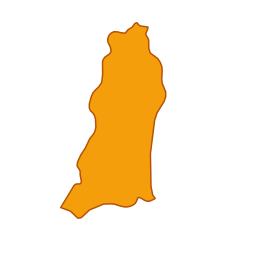 outline of Jijel, rotated 110°
{"feature_id": "DZA-2165", "entity_name": "Jijel", "entity_type": "Province", "adm_level": 1, "iso_a3": "DZA", "parent_name": "Algeria", "parent_adm1": "", "projection": "albers", "projection_center": [5.919, 36.73], "detail": "fine", "context": "isolated", "style": "filled", "palette": "amber", "viewbox_px": 256, "rotation_deg": 110, "n_neighbors": 0, "source": "natural_earth", "source_scale": "10m", "svg_char_len": 1390}
<svg xmlns="http://www.w3.org/2000/svg" viewBox="0 0 256 256"><g transform="rotate(110 128 128)"><path d="M26.4,143.8L27.5,143.4L33.5,143.5L34.4,142.9L36.9,139.9L38.2,138.7L46.0,135.7L49.9,132.8L52.5,124.0L55.2,120.3L58.6,117.3L62.1,115.6L70.6,113.0L74.2,111.2L81.2,104.9L85.7,103.3L90.5,103.1L103.8,105.9L111.8,105.6L144.3,98.2L175.1,86.4L182.6,81.8L184.9,78.4L185.8,79.0L189.1,82.3L189.9,83.8L190.3,85.3L190.3,87.6L189.4,92.1L189.5,94.0L190.2,94.8L194.1,95.0L196.2,95.4L198.0,96.4L199.7,97.9L201.2,99.7L202.5,101.9L203.4,104.5L203.9,108.3L204.2,114.9L205.4,118.9L207.9,125.0L218.1,136.1L227.6,140.9L229.1,142.4L229.8,144.5L225.8,153.8L225.8,164.0L200.7,159.1L199.0,158.2L198.1,157.0L197.0,154.1L195.9,153.4L194.2,153.5L189.0,156.6L184.7,158.4L183.4,159.8L182.3,161.4L181.1,162.8L178.9,163.5L175.4,163.7L169.3,163.1L161.7,161.3L151.4,160.3L144.7,158.2L141.7,158.0L137.8,158.6L130.6,161.7L127.7,163.8L125.7,166.6L124.7,169.1L122.4,171.2L118.6,172.6L111.8,173.2L107.1,173.0L102.7,171.3L99.7,169.7L96.0,168.7L93.7,168.4L86.2,170.2L74.2,174.7L71.8,174.6L69.3,173.9L64.4,170.5L62.3,170.1L59.5,171.2L57.8,172.5L54.7,175.7L53.0,176.9L50.8,177.6L48.5,177.6L46.4,177.3L44.2,176.0L42.3,174.1L41.2,170.4L40.9,167.3L39.9,163.1L35.5,161.5L32.0,158.7L27.3,157.2L26.3,156.1L26.2,155.0L27.1,153.8L27.7,152.3L27.9,151.3L26.6,145.1L26.4,143.8Z" fill="#f59e0b" stroke="#b45309" stroke-width="1.5"/></g></svg>